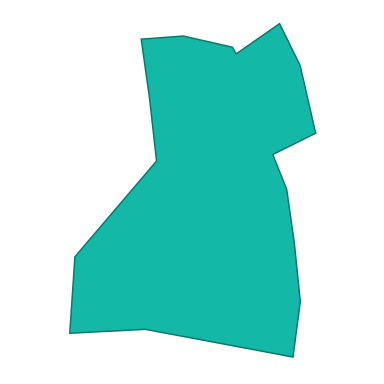 Almalik city, Tashkent, Uzbekistan (Equal Earth projection), rotated 89°
{"feature_id": "79887680B75027378773615", "entity_name": "Almalik city", "entity_type": "district", "adm_level": 2, "iso_a3": "UZB", "parent_name": "Uzbekistan", "parent_adm1": "Tashkent", "projection": "equal_earth", "projection_center": [69.57, 40.824], "detail": "fine", "context": "isolated", "style": "filled", "palette": "teal", "viewbox_px": 384, "rotation_deg": 89, "n_neighbors": 0, "source": "geoboundaries", "source_scale": "gbopen_adm2", "svg_char_len": 372}
<svg xmlns="http://www.w3.org/2000/svg" viewBox="0 0 384 384"><g transform="rotate(89 192 192)"><path d="M135.4,67.3L67.3,81.7L25.2,101.5L54.7,145.5L48.0,148.9L35.9,198.1L38.3,240.1L97.0,232.9L160.4,226.9L254.7,310.2L331.1,316.7L328.5,241.2L358.8,93.9L303.6,85.6L243.4,90.7L190.8,97.3L155.9,110.6L135.4,67.3Z" fill="#14b8a6" stroke="#0f766e" stroke-width="1.5"/></g></svg>